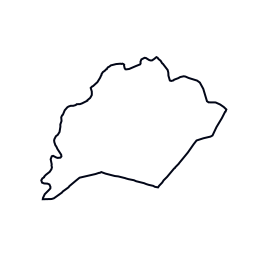 Concepción Tutuapa, San Marcos, Guatemala (Albers equal-area conic projection), rotated 166°
{"feature_id": "79465075B54986860813663", "entity_name": "Concepción Tutuapa", "entity_type": "district", "adm_level": 2, "iso_a3": "GTM", "parent_name": "Guatemala", "parent_adm1": "San Marcos", "projection": "albers", "projection_center": [-91.85, 15.29], "detail": "fine", "context": "isolated", "style": "outline", "palette": "ink", "viewbox_px": 256, "rotation_deg": 166, "n_neighbors": 0, "source": "geoboundaries", "source_scale": "gbopen_adm2", "svg_char_len": 2185}
<svg xmlns="http://www.w3.org/2000/svg" viewBox="0 0 256 256"><g transform="rotate(166 128 128)"><path d="M227.9,79.5L219.4,77.6L217.0,77.7L207.8,81.3L206.6,82.2L200.1,84.8L198.9,85.8L191.3,89.5L187.0,91.5L170.6,91.2L166.9,91.5L166.2,91.3L164.6,91.7L160.9,89.2L152.4,84.6L149.2,83.4L142.8,80.0L142.1,79.5L140.0,78.3L134.9,75.9L133.0,74.4L125.8,70.6L123.9,69.2L121.6,67.8L117.6,65.8L116.1,64.4L113.2,63.1L111.8,64.4L108.0,66.8L106.1,68.6L101.9,71.1L97.8,74.1L93.0,77.6L92.2,77.8L91.7,78.4L87.3,81.1L86.8,81.6L75.9,89.7L68.1,96.5L64.5,99.3L57.2,99.8L50.0,99.7L47.8,100.3L41.9,107.5L34.5,114.9L29.9,120.2L29.4,120.3L28.1,122.2L30.0,125.2L32.9,128.5L36.8,131.6L43.6,133.4L44.9,134.9L45.5,147.8L47.3,154.7L49.5,157.3L57.1,161.9L59.8,164.0L61.4,164.7L65.0,164.8L67.2,164.2L71.6,163.7L72.4,163.2L74.7,163.2L75.9,164.0L76.1,169.0L75.5,172.0L75.5,174.7L78.6,181.8L79.2,182.5L80.1,185.4L81.7,187.5L82.3,189.0L83.3,189.9L85.8,188.7L88.2,187.8L89.5,188.0L91.0,188.8L93.7,191.6L95.0,192.1L98.4,191.3L99.8,189.4L100.2,187.5L100.9,186.8L105.3,186.2L112.6,185.0L115.3,185.3L116.3,185.6L116.8,187.1L116.7,189.8L116.4,190.3L116.9,191.1L117.9,191.8L119.1,191.8L119.7,192.2L124.0,192.9L129.5,192.9L131.2,192.1L132.9,191.7L133.7,191.0L134.4,190.2L135.1,190.2L136.6,189.2L137.6,188.8L138.9,188.3L140.7,186.6L140.8,186.0L142.1,184.6L142.7,183.7L146.7,179.8L148.1,179.1L151.6,177.2L152.9,176.9L154.5,175.9L154.3,172.2L154.8,170.0L155.2,168.7L156.4,167.4L157.5,166.3L159.0,165.6L159.6,165.3L160.8,164.7L160.9,164.3L166.7,163.0L168.8,162.8L172.0,163.5L173.2,162.9L175.7,162.8L178.2,163.4L180.5,163.2L181.8,162.8L185.1,160.5L188.0,156.6L188.9,156.2L190.2,154.5L190.8,150.9L191.3,150.1L192.8,147.8L193.3,145.6L195.4,140.7L197.9,138.3L199.0,137.9L200.0,137.4L202.1,135.0L202.7,133.8L202.9,132.1L202.6,128.6L202.1,127.6L201.5,124.6L199.3,118.3L199.5,116.5L200.7,115.6L203.5,116.0L204.7,116.7L207.4,119.1L208.8,119.0L210.6,116.4L210.8,111.3L211.3,110.0L211.3,108.3L212.3,106.5L214.6,104.4L219.1,102.4L221.1,101.1L221.3,100.5L223.3,99.8L224.8,98.2L224.6,95.8L222.8,94.5L219.6,93.5L217.9,92.2L217.5,89.6L218.0,88.1L220.0,86.8L224.8,83.9L227.4,80.7L227.9,79.5Z" fill="none" stroke="#020617" stroke-width="2"/></g></svg>